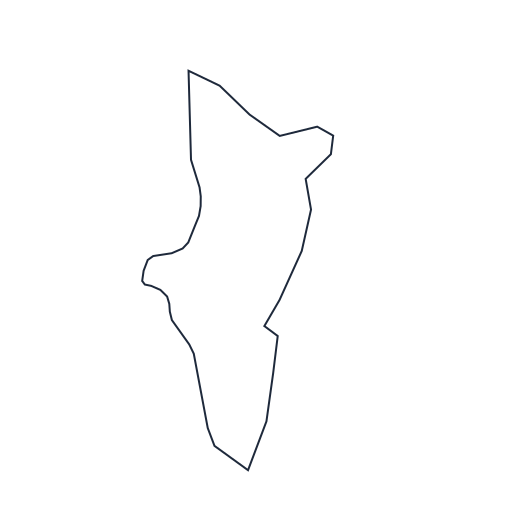 an SVG outline of Kilis, rotated 69°
{"feature_id": "TUR-4841", "entity_name": "Kilis", "entity_type": "Province", "adm_level": 1, "iso_a3": "TUR", "parent_name": "Turkey", "parent_adm1": "", "projection": "orthographic", "projection_center": [37.078, 36.822], "detail": "fine", "context": "isolated", "style": "outline", "palette": "slate", "viewbox_px": 512, "rotation_deg": 69, "n_neighbors": 0, "source": "natural_earth", "source_scale": "10m", "svg_char_len": 655}
<svg xmlns="http://www.w3.org/2000/svg" viewBox="0 0 512 512"><g transform="rotate(69 256 256)"><path d="M453.1,340.2L418.4,362.8L399.3,362.7L324.9,349.1L314.7,350.0L285.7,357.5L277.1,356.4L269.6,354.1L262.0,353.5L253.4,357.4L246.3,364.6L242.8,370.0L238.5,371.2L229.5,366.2L220.9,358.5L219.2,352.0L223.2,333.7L222.7,321.8L219.1,314.4L205.2,301.5L198.2,294.9L189.6,289.8L180.5,286.2L171.7,284.1L142.9,282.2L58.9,252.6L84.0,228.9L121.7,211.3L152.4,190.8L157.2,152.5L171.3,140.8L187.8,149.6L201.8,182.0L232.4,188.0L267.7,211.5L305.5,249.8L324.4,273.3L338.5,264.4L371.6,282.0L414.1,305.5L453.1,340.2Z" fill="none" stroke="#1e293b" stroke-width="2"/></g></svg>